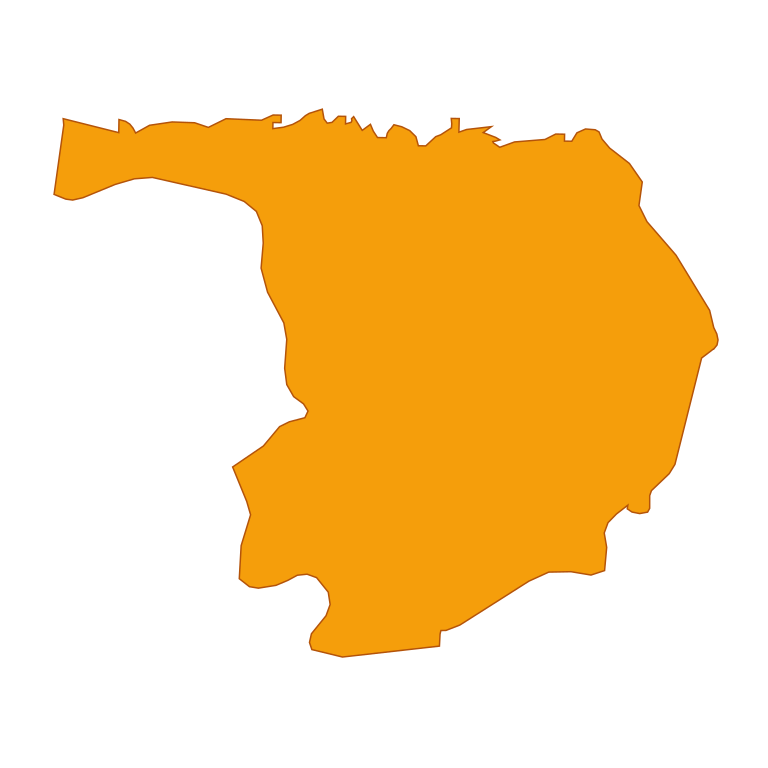 SVG path tracing the border of Irbid, rotated 91°
{"feature_id": "JOR-854", "entity_name": "Irbid", "entity_type": "Province", "adm_level": 1, "iso_a3": "JOR", "parent_name": "Jordan", "parent_adm1": "", "projection": "orthographic", "projection_center": [35.72, 32.466], "detail": "fine", "context": "isolated", "style": "filled", "palette": "amber", "viewbox_px": 768, "rotation_deg": 91, "n_neighbors": 0, "source": "natural_earth", "source_scale": "10m", "svg_char_len": 2078}
<svg xmlns="http://www.w3.org/2000/svg" viewBox="0 0 768 768"><g transform="rotate(91 384 384)"><path d="M139.7,279.4L141.1,278.8L145.3,272.4L139.7,257.7L136.7,227.3L131.1,216.7L131.1,207.8L138.0,207.8L138.0,200.5L129.5,195.5L125.5,187.0L126.1,177.3L128.2,173.4L135.3,170.3L144.2,162.5L159.2,142.5L177.5,129.3L201.1,132.2L217.1,123.9L250.1,94.3L304.7,59.7L321.8,55.3L322.0,55.2L328.2,52.1L334.1,50.8L339.2,51.7L343.4,55.0L343.3,55.3L352.5,66.9L459.3,91.7L468.7,97.3L485.9,114.7L490.9,116.4L503.7,116.2L507.5,118.2L509.1,126.1L507.7,133.8L504.6,138.6L500.9,138.1L509.9,149.3L518.7,157.6L529.1,161.2L543.5,158.5L566.7,160.2L571.4,173.7L568.4,193.8L569.2,216.0L578.6,235.7L623.7,304.0L629.3,317.7L629.5,322.8L633.1,323.6L645.1,324.0L657.7,420.8L650.8,451.5L643.7,454.0L635.0,452.2L616.7,437.9L605.4,434.0L593.1,436.1L578.8,448.0L575.5,457.6L576.7,467.3L582.0,476.7L587.2,488.5L590.3,506.0L589.0,515.0L581.2,525.3L548.1,524.0L517.1,515.1L503.8,519.2L469.6,533.9L448.1,503.5L428.4,487.6L423.4,477.9L419.1,462.5L412.4,459.5L405.3,464.1L398.2,474.1L386.3,481.2L370.0,483.6L341.1,482.0L324.7,485.2L294.3,502.0L270.3,508.9L245.2,507.2L227.9,508.5L213.7,514.6L203.9,527.0L196.9,545.3L181.5,619.2L183.2,637.2L189.2,656.4L203.0,688.3L205.5,698.5L204.7,705.4L200.2,717.2L130.7,708.7L124.3,709.4L137.3,653.6L124.2,653.6L125.9,647.0L128.6,642.7L132.4,639.5L137.4,636.7L129.4,622.9L125.7,600.4L126.1,577.9L130.5,564.1L121.5,546.6L122.4,511.1L117.0,499.6L117.0,491.5L124.5,491.5L124.5,499.6L130.6,499.6L129.0,488.9L126.0,479.8L121.9,472.5L117.1,467.3L114.7,463.5L110.3,450.5L120.0,448.6L124.2,445.3L123.3,440.5L117.1,434.3L117.1,427.0L124.6,427.0L123.0,421.5L121.4,420.7L119.3,421.1L117.2,419.0L130.8,410.2L124.6,402.1L131.4,399.1L137.7,394.8L137.7,386.0L133.3,385.1L130.6,383.5L128.3,381.3L124.6,378.6L126.5,370.7L130.2,362.7L136.2,356.4L145.2,353.8L145.2,346.4L135.8,336.6L133.8,331.6L126.7,321.0L122.6,320.8L117.3,321.4L117.3,313.4L130.9,313.5L128.1,305.9L124.8,281.1L130.9,289.2L135.5,276.6L137.9,272.4L139.2,276.7L139.7,279.4Z" fill="#f59e0b" stroke="#b45309" stroke-width="1.5"/></g></svg>